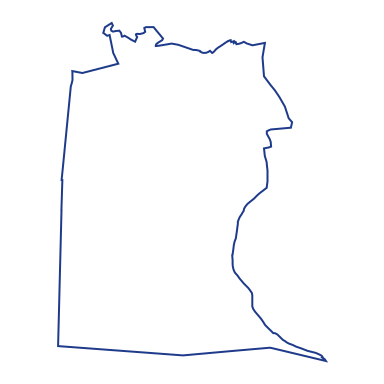 outline of Ismailiyya, Al Isma`iliyah, Egypt
{"feature_id": "37247803B77757966140043", "entity_name": "Ismailiyya", "entity_type": "district", "adm_level": 2, "iso_a3": "EGY", "parent_name": "Egypt", "parent_adm1": "Al Isma`iliyah", "projection": "mercator", "projection_center": [32.24, 30.424], "detail": "fine", "context": "isolated", "style": "outline", "palette": "blue", "viewbox_px": 384, "rotation_deg": 0, "n_neighbors": 0, "source": "geoboundaries", "source_scale": "gbopen_adm2", "svg_char_len": 3214}
<svg xmlns="http://www.w3.org/2000/svg" viewBox="0 0 384 384"><path d="M72.3,71.1L72.4,71.9L72.5,80.0L71.7,83.4L70.8,86.4L62.6,170.2L61.5,180.9L62.4,179.3L62.4,179.2L62.2,185.3L61.4,210.3L61.5,210.3L58.1,345.5L58.1,346.1L183.0,355.4L233.2,350.9L270.0,347.7L273.2,348.4L325.9,361.0L324.7,359.2L322.1,357.5L322.6,357.1L321.7,355.8L319.6,354.6L315.8,352.9L307.4,350.8L301.0,348.3L296.0,346.6L292.6,344.9L289.2,343.7L286.7,342.4L285.0,341.1L282.9,339.9L277.3,334.4L274.8,333.1L273.2,333.1L272.7,332.6L271.5,331.3L268.9,328.8L267.2,327.1L265.1,325.0L263.4,322.2L263.0,321.6L261.3,319.1L259.6,317.0L257.0,314.0L254.9,311.5L253.2,308.9L252.3,306.4L252.3,303.4L252.3,295.3L251.8,292.8L248.4,288.1L246.3,286.0L243.8,283.5L239.5,278.4L237.4,275.4L234.8,272.5L234.1,270.8L233.5,269.5L233.1,267.8L232.7,265.7L232.6,263.2L232.6,260.2L232.2,255.1L232.6,254.7L232.6,254.2L233.0,251.7L233.4,248.7L233.8,245.3L234.6,241.5L235.8,238.5L237.1,229.6L237.5,226.2L237.9,223.6L237.8,221.9L238.3,220.7L238.7,219.4L239.9,216.8L240.4,216.1L241.6,214.3L243.3,211.3L243.7,210.9L244.1,208.7L245.3,206.6L247.4,204.0L249.9,201.9L253.7,198.9L255.8,196.8L257.5,195.1L260.0,192.9L266.7,187.8L266.7,187.4L267.5,181.4L267.5,177.6L267.5,170.4L267.0,166.1L266.6,161.9L264.8,155.9L264.4,152.1L264.3,151.1L264.0,148.4L269.0,147.4L271.1,146.6L270.7,141.9L269.8,139.3L268.6,137.1L266.8,133.8L266.8,131.3L267.7,130.8L270.6,129.5L290.9,127.7L292.1,122.2L291.3,121.3L288.7,118.3L284.9,106.6L279.3,96.9L275.0,90.5L270.2,84.6L264.0,76.3L262.5,57.3L264.9,42.9L252.5,45.3L246.9,43.5L243.8,41.8L241.4,43.0L239.3,43.7L236.5,44.2L235.8,42.4L235.6,42.5L235.5,42.4L235.3,42.5L234.7,42.7L234.1,42.8L234.0,42.4L234.7,42.1L234.8,42.1L234.8,41.8L234.7,41.8L234.4,41.7L234.4,41.8L234.3,41.7L234.2,41.6L234.1,41.4L234.0,41.5L233.9,41.5L233.9,41.4L233.5,41.3L233.4,41.4L233.5,41.5L233.4,41.8L233.3,41.4L232.4,41.7L231.2,42.1L230.6,40.4L230.6,40.2L229.8,40.4L229.2,40.6L228.7,40.8L228.8,40.9L227.8,41.3L227.1,41.6L226.3,42.2L224.7,43.2L223.2,44.3L221.7,45.3L220.2,46.3L218.6,47.3L217.1,48.4L216.3,49.1L216.0,49.4L215.9,49.4L215.5,49.8L214.8,50.7L214.5,51.1L214.2,51.4L213.1,52.4L212.2,53.0L212.0,52.8L211.5,52.3L210.0,50.8L209.8,50.9L208.7,51.7L208.0,52.1L207.4,52.3L206.8,52.5L206.4,52.7L205.8,52.8L204.8,52.9L204.2,52.9L203.4,52.9L202.6,52.7L201.7,52.4L201.0,52.0L200.2,51.6L200.2,51.1L198.8,50.6L197.0,50.2L195.9,50.0L193.1,49.9L178.3,44.8L173.9,44.0L171.5,43.6L168.6,44.1L163.8,44.9L158.4,45.8L155.8,46.0L155.8,45.4L156.3,44.1L156.7,43.7L157.5,43.2L158.4,42.4L159.5,41.8L162.1,40.2L162.6,39.4L163.0,38.5L162.6,38.1L160.1,35.0L156.4,30.6L154.9,28.7L153.6,27.1L150.6,27.1L146.0,27.1L144.3,28.0L144.6,29.3L145.1,31.4L145.2,31.8L144.7,32.2L143.5,33.1L140.1,34.0L138.8,34.0L137.5,33.8L136.3,34.0L135.9,34.4L136.3,35.7L136.7,36.3L137.2,37.0L137.0,37.4L135.1,41.7L130.8,39.5L128.3,37.8L126.2,36.6L124.5,35.7L123.6,36.2L122.8,36.6L121.9,36.6L121.5,34.9L121.0,32.8L119.3,30.7L115.9,31.0L113.0,31.6L111.3,30.7L110.9,29.0L111.0,28.7L112.9,25.6L111.7,23.0L104.9,27.3L103.3,32.9L103.5,33.0L105.7,34.7L106.2,35.1L107.1,35.8L108.9,35.2L109.6,35.0L113.2,52.8L113.3,53.1L113.4,53.4L114.6,55.8L115.7,58.2L118.3,63.7L82.4,73.0L72.3,71.1Z" fill="none" stroke="#1e3a8a" stroke-width="2"/></svg>